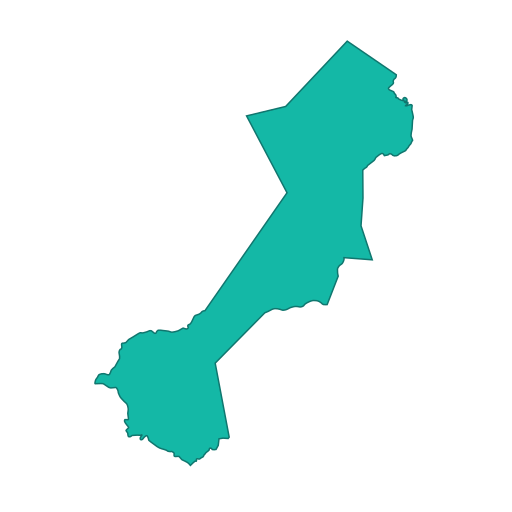 the district of Concepción, Copán, Honduras, rotated 78°
{"feature_id": "27666195B32287838652437", "entity_name": "Concepción", "entity_type": "district", "adm_level": 2, "iso_a3": "HND", "parent_name": "Honduras", "parent_adm1": "Copán", "projection": "orthographic", "projection_center": [-88.87, 14.863], "detail": "fine", "context": "isolated", "style": "filled", "palette": "teal", "viewbox_px": 512, "rotation_deg": 78, "n_neighbors": 0, "source": "geoboundaries", "source_scale": "gbopen_adm2", "svg_char_len": 6053}
<svg xmlns="http://www.w3.org/2000/svg" viewBox="0 0 512 512"><g transform="rotate(78 256 256)"><path d="M447.2,363.7L445.3,360.7L444.0,358.3L444.0,357.9L444.3,357.3L444.2,357.0L444.0,356.9L443.6,356.7L442.4,356.6L442.2,356.3L442.1,356.0L442.1,355.6L442.8,353.9L442.8,353.5L442.6,352.8L442.1,351.8L441.4,349.5L440.8,348.9L439.9,348.3L439.0,347.0L438.0,345.9L437.7,345.4L436.9,343.6L436.1,342.3L435.9,342.1L435.4,342.0L435.0,341.8L434.7,341.4L434.4,341.0L434.4,340.7L434.5,340.4L434.8,339.8L435.3,339.4L436.1,339.1L436.3,338.8L436.8,337.1L436.9,335.3L433.4,332.3L427.1,330.2L427.3,326.2L428.7,321.2L427.6,319.9L352.3,318.2L313.4,259.2L312.7,255.6L311.5,251.3L311.4,250.2L311.3,249.3L311.6,247.7L312.1,245.9L313.1,243.7L314.4,241.5L314.6,241.0L314.7,240.4L314.8,238.9L314.7,237.3L314.4,235.9L313.8,233.9L313.6,232.7L313.5,231.4L313.4,229.4L313.5,228.3L313.7,227.2L314.0,226.1L314.9,223.8L315.1,223.0L315.1,222.1L315.0,221.1L314.8,220.3L314.5,219.7L313.6,218.6L313.1,217.8L312.7,216.8L312.3,215.6L311.9,214.0L311.5,212.0L311.4,210.7L311.4,209.5L311.6,208.5L312.2,206.3L312.6,205.3L313.1,204.5L313.7,203.6L314.6,202.7L315.6,201.8L316.7,201.1L317.5,200.1L318.1,197.9L318.3,196.5L292.8,179.8L290.6,179.8L289.4,179.7L286.0,179.1L285.0,178.7L283.8,177.6L282.9,176.6L282.4,175.7L281.6,173.8L281.1,173.1L280.5,172.5L279.4,171.6L278.2,170.9L277.2,170.5L275.9,170.3L283.9,143.1L248.3,147.0L221.5,139.3L194.2,133.7L192.9,131.5L192.4,130.1L192.2,129.6L191.8,129.0L191.0,128.3L190.6,127.9L187.1,120.7L186.2,119.6L184.9,118.6L184.4,118.0L182.9,115.0L182.3,113.6L181.9,112.2L181.9,111.8L181.9,111.4L182.1,110.9L182.3,110.6L182.8,110.2L183.4,109.9L183.8,109.7L184.4,109.7L184.5,109.6L184.6,109.2L184.5,108.3L184.6,106.9L184.5,106.1L184.4,105.3L183.8,104.4L183.8,103.7L184.1,103.0L184.6,102.3L185.0,101.9L185.9,101.3L186.4,100.5L186.8,99.9L186.9,99.2L187.1,97.7L187.0,97.1L186.9,96.4L185.9,94.5L185.2,92.3L184.5,89.5L184.1,88.0L183.9,87.6L182.7,86.4L181.5,84.7L179.9,83.2L178.3,81.1L177.7,80.7L176.3,79.7L176.0,79.4L175.7,78.9L175.4,78.8L174.6,78.8L173.0,79.1L171.8,79.3L171.0,79.4L170.0,79.2L167.6,78.4L164.4,77.0L156.0,74.7L155.3,74.4L154.1,73.7L153.4,73.4L152.0,73.2L150.4,73.2L147.1,73.2L145.3,73.3L141.3,72.0L140.9,72.1L140.5,72.4L140.3,72.7L140.1,73.2L140.1,75.2L140.4,77.4L140.3,78.0L140.1,78.5L139.9,78.4L139.5,77.4L138.9,76.3L138.5,75.8L138.0,75.6L137.4,75.5L137.1,75.8L137.1,76.2L137.4,77.0L137.3,77.6L137.2,77.9L136.7,78.4L136.4,78.7L136.1,78.8L135.7,78.7L135.5,78.4L135.5,78.0L136.0,77.6L136.1,77.1L136.0,76.6L135.6,76.2L135.0,75.9L134.4,75.8L133.7,75.9L132.9,76.3L132.4,76.8L132.0,77.4L131.9,78.0L132.1,78.6L132.5,79.3L133.1,79.6L133.6,79.6L134.1,79.2L134.4,79.3L134.6,79.5L134.5,80.1L133.8,81.5L132.4,83.4L131.9,83.9L131.0,84.3L130.8,84.5L130.4,85.6L130.1,86.2L129.9,86.3L129.7,86.3L129.2,85.8L128.9,85.7L127.6,85.8L127.0,86.0L126.2,86.5L125.7,86.8L124.2,87.1L123.8,87.4L123.2,88.2L121.3,90.9L120.8,91.3L120.2,91.5L119.6,91.6L119.2,91.4L119.0,91.2L117.9,89.4L116.6,86.9L116.3,86.5L115.8,85.9L115.3,85.6L115.0,85.5L113.7,85.5L112.8,85.1L111.9,84.4L111.1,82.9L110.4,82.1L109.3,81.5L107.9,81.1L64.8,122.1L115.9,195.9L117.0,236.1L200.6,212.5L298.9,317.3L298.8,318.5L298.9,319.4L299.2,320.4L300.3,321.9L300.8,323.0L301.1,324.1L301.5,327.4L301.6,327.9L301.9,328.3L302.2,328.8L302.8,329.4L304.8,330.9L307.0,332.6L307.7,333.2L308.4,334.1L309.2,335.2L309.1,335.7L309.2,336.2L309.3,336.6L309.6,336.9L310.0,337.2L310.5,337.3L310.8,337.3L311.4,337.0L311.6,337.0L311.9,337.2L312.2,337.4L312.6,337.8L312.8,338.4L313.0,339.0L312.9,339.5L311.8,341.5L311.4,342.2L311.4,342.5L312.0,344.4L312.8,347.0L313.0,347.8L313.2,351.1L313.1,353.6L313.0,354.2L312.7,355.0L311.7,356.6L311.2,357.6L309.3,363.2L308.7,364.9L308.4,366.3L308.3,367.1L308.4,367.5L309.2,368.8L309.6,369.1L310.2,369.5L310.5,369.8L310.7,370.2L310.7,370.7L310.6,371.1L310.4,371.4L307.5,373.8L307.3,374.2L307.1,374.7L307.0,375.2L307.0,375.9L307.5,378.6L307.7,382.1L307.6,383.4L307.1,384.6L307.0,385.2L307.2,386.2L307.6,387.6L309.5,392.8L311.1,397.6L311.5,398.3L313.6,401.2L313.7,403.1L313.7,403.8L313.5,404.6L313.6,405.2L313.9,405.6L314.6,405.9L315.4,406.0L316.9,406.1L317.7,406.3L318.4,406.7L318.9,407.2L319.1,408.2L319.5,408.7L320.2,409.3L321.2,409.8L321.8,410.0L322.5,410.1L324.5,410.2L325.8,410.3L327.7,410.7L328.2,410.9L329.9,412.6L335.1,417.1L335.3,417.5L336.2,419.3L337.3,420.9L337.7,421.4L339.7,422.6L341.3,423.9L341.5,424.3L341.6,424.6L341.4,425.5L340.9,426.6L339.9,428.2L339.6,428.9L339.4,429.6L339.1,431.8L339.2,432.7L339.3,433.6L339.5,434.3L340.1,435.0L341.7,436.3L343.3,438.1L344.2,438.8L345.2,439.3L346.3,439.8L347.3,440.0L347.5,439.8L348.5,434.2L349.1,432.1L349.4,431.7L353.4,427.8L353.9,427.3L354.3,426.6L354.7,425.9L354.9,425.1L355.2,422.7L355.4,420.7L355.5,420.4L355.7,420.1L356.7,419.6L358.0,419.2L359.2,419.0L361.1,419.1L362.0,419.0L364.3,418.5L365.7,418.1L367.4,417.3L370.8,415.2L373.0,413.6L374.2,413.0L375.9,412.7L376.9,412.7L378.2,412.7L379.6,412.9L380.6,413.2L383.2,414.1L385.1,414.3L387.8,414.5L389.1,414.7L389.4,415.0L389.5,415.3L389.0,417.1L388.8,418.2L389.0,418.4L389.2,418.6L389.9,418.9L390.8,418.9L392.4,418.4L394.2,417.6L395.9,416.7L396.6,416.4L397.3,416.3L397.5,416.4L397.7,416.6L399.2,419.0L399.8,419.4L400.2,419.3L401.3,418.8L402.6,418.3L404.8,418.5L405.7,418.4L406.1,418.3L406.3,418.0L406.5,417.5L406.6,416.5L406.4,415.8L405.9,414.9L405.8,414.3L406.5,409.5L407.3,406.4L407.3,405.8L407.2,405.0L407.4,404.9L407.6,404.9L409.4,406.8L410.4,407.2L410.9,407.3L411.4,407.1L411.8,406.8L411.9,406.4L411.9,405.7L411.5,404.8L410.0,403.0L409.3,401.7L409.0,400.8L409.0,400.3L409.2,400.0L409.6,399.7L410.9,399.4L412.2,399.2L413.7,399.2L414.2,399.0L416.3,397.3L421.8,392.4L422.9,391.2L423.9,390.0L425.0,388.2L426.1,386.1L426.9,384.8L427.4,384.0L428.2,383.2L428.6,382.8L429.1,381.7L429.4,380.8L429.6,380.1L429.6,379.3L429.9,378.7L430.9,377.7L431.9,377.1L432.2,377.1L433.1,377.4L434.1,377.6L434.5,377.6L434.8,377.5L435.2,377.0L435.4,376.4L435.7,374.4L436.1,372.9L439.6,371.0L440.1,370.5L441.6,368.5L443.6,366.1L444.9,365.0L447.2,363.7Z" fill="#14b8a6" stroke="#0f766e" stroke-width="1.5"/></g></svg>